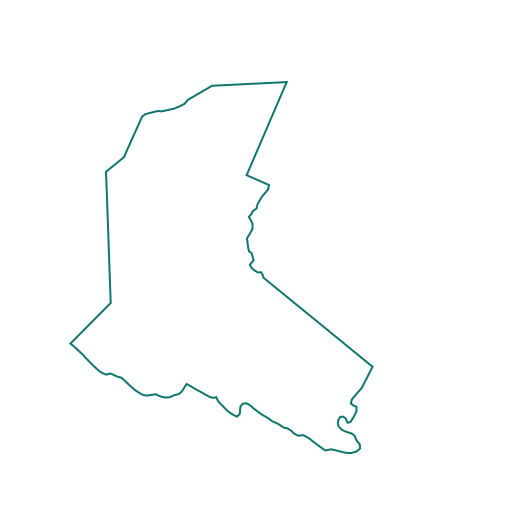 Macau, Rio Grande do Norte, Brazil, rotated 203°
{"feature_id": "56859067B94712622346809", "entity_name": "Macau", "entity_type": "district", "adm_level": 2, "iso_a3": "BRA", "parent_name": "Brazil", "parent_adm1": "Rio Grande do Norte", "projection": "robinson", "projection_center": [-36.568, -5.232], "detail": "fine", "context": "isolated", "style": "outline", "palette": "teal", "viewbox_px": 512, "rotation_deg": 203, "n_neighbors": 0, "source": "geoboundaries", "source_scale": "gbopen_adm2", "svg_char_len": 2010}
<svg xmlns="http://www.w3.org/2000/svg" viewBox="0 0 512 512"><g transform="rotate(203 256 256)"><path d="M363.0,395.5L369.4,386.9L379.6,373.3L381.4,367.9L385.6,363.0L389.4,359.3L392.7,357.0L396.3,354.4L399.5,352.2L403.0,351.1L410.8,345.3L413.5,343.0L415.3,339.9L416.2,295.3L427.0,274.9L416.2,252.0L371.4,156.0L392.6,102.9L388.3,101.6L383.7,100.0L379.0,98.3L376.2,97.2L373.0,95.6L368.1,93.6L364.3,92.1L361.0,90.8L357.2,89.4L354.5,88.6L351.0,88.2L347.4,88.3L344.7,90.7L341.8,91.0L339.1,90.8L335.8,90.8L332.3,91.4L329.8,90.5L326.7,89.4L324.3,88.5L321.9,87.6L318.3,86.3L313.6,85.0L309.8,84.4L306.7,83.9L302.1,84.7L298.8,86.8L294.2,89.6L291.7,89.4L288.1,89.5L283.8,90.4L280.1,92.3L276.8,96.1L273.2,98.6L271.3,102.3L269.9,111.0L265.7,110.7L262.2,110.2L258.6,109.7L254.6,109.4L252.0,109.1L249.5,108.7L246.0,108.4L242.7,108.1L239.6,108.9L237.4,110.5L234.2,107.6L230.9,106.0L228.2,105.0L225.0,103.6L221.0,102.0L217.0,101.2L213.7,100.8L210.6,100.8L209.2,104.2L211.5,111.3L210.6,114.8L207.4,116.6L204.4,116.4L201.4,115.8L198.9,114.8L195.8,114.0L192.9,113.3L189.4,112.5L185.9,112.0L183.2,111.7L180.3,111.2L176.4,110.2L171.5,110.2L168.6,109.9L165.8,109.3L163.1,108.9L159.8,109.6L155.7,109.1L151.5,107.4L146.8,107.1L142.4,109.6L135.8,108.9L129.5,107.1L116.3,104.0L111.1,107.5L96.4,109.9L91.4,111.8L87.0,115.4L85.0,119.4L86.9,123.2L91.3,125.4L95.2,129.2L98.9,130.0L105.1,129.4L109.0,129.6L113.4,131.4L115.4,134.1L116.1,137.5L115.7,140.5L113.5,142.1L110.3,141.7L106.5,138.3L104.1,140.3L103.2,146.2L102.8,151.9L104.5,156.4L108.1,156.5L111.1,157.4L111.7,161.4L109.9,167.4L107.1,175.8L105.4,199.6L240.6,238.9L242.5,241.3L244.9,243.0L247.7,241.6L251.7,242.1L255.1,243.1L258.2,245.6L256.5,251.1L258.9,254.1L261.0,256.8L264.3,257.6L266.7,260.9L269.2,265.4L271.2,268.5L270.4,273.8L269.8,279.5L271.7,284.1L274.7,286.9L277.8,289.1L276.6,293.3L276.4,296.3L274.1,299.9L274.8,304.2L274.3,308.6L273.8,312.5L272.4,317.2L270.9,321.9L271.7,326.4L296.2,326.7L295.7,428.1L363.0,395.5Z" fill="none" stroke="#0f766e" stroke-width="2"/></g></svg>